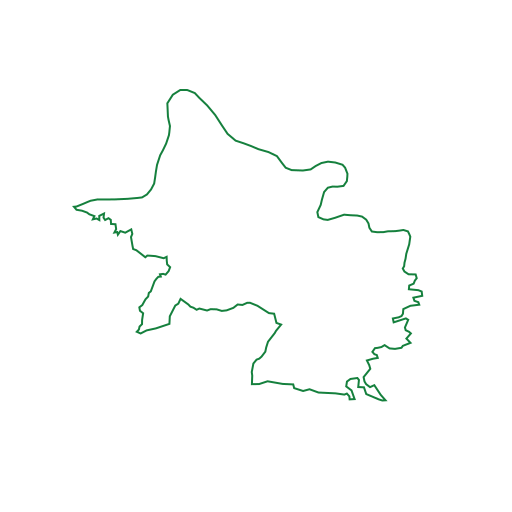 the district of Garruchos, Rio Grande do Sul, Brazil, rotated 68°
{"feature_id": "56859067B12655775892146", "entity_name": "Garruchos", "entity_type": "district", "adm_level": 2, "iso_a3": "BRA", "parent_name": "Brazil", "parent_adm1": "Rio Grande do Sul", "projection": "robinson", "projection_center": [-55.522, -28.246], "detail": "fine", "context": "isolated", "style": "outline", "palette": "green", "viewbox_px": 512, "rotation_deg": 68, "n_neighbors": 0, "source": "geoboundaries", "source_scale": "gbopen_adm2", "svg_char_len": 3467}
<svg xmlns="http://www.w3.org/2000/svg" viewBox="0 0 512 512"><g transform="rotate(68 256 256)"><path d="M332.9,114.9L330.1,121.4L326.0,124.2L322.6,124.6L321.0,122.5L317.8,120.8L314.6,118.4L310.2,115.8L302.6,109.6L295.9,105.7L293.2,105.7L290.1,105.9L287.1,109.6L286.2,113.5L285.1,117.6L283.5,121.9L282.5,124.5L281.6,128.9L279.3,134.8L276.7,139.4L272.3,140.3L268.0,139.5L263.6,140.2L259.2,142.9L256.4,147.0L253.7,152.9L252.1,156.1L250.7,158.8L250.4,164.3L250.2,168.4L249.4,176.0L247.3,179.7L243.3,183.6L238.3,182.7L232.9,176.9L228.5,173.8L222.2,168.9L219.6,163.8L220.3,159.0L222.2,154.7L223.8,148.6L220.6,143.7L216.8,141.7L214.0,140.4L207.5,140.3L203.8,141.6L199.0,147.5L195.5,153.9L194.3,160.5L194.9,166.9L196.2,172.9L194.3,180.5L189.7,190.8L185.3,195.4L179.4,197.1L171.2,199.2L164.3,205.5L157.8,213.8L152.1,219.5L146.9,225.2L141.4,231.7L138.9,233.0L132.1,236.6L122.1,238.7L110.1,241.0L98.0,244.9L88.2,249.3L82.0,251.7L76.4,257.5L73.7,264.0L75.3,272.7L81.2,281.0L83.8,281.9L93.7,285.4L97.1,286.1L103.3,287.1L108.8,290.0L111.4,291.5L118.1,297.2L123.1,302.7L126.7,307.1L134.4,313.6L140.1,317.1L145.7,320.3L150.7,323.3L155.0,328.4L158.1,334.1L159.0,339.7L157.8,344.1L154.9,353.6L150.7,365.5L146.7,375.7L144.2,381.7L142.8,388.7L142.8,391.9L142.9,396.4L142.9,403.9L142.2,406.3L145.9,405.1L148.8,400.4L152.4,396.4L154.9,394.9L158.5,390.9L160.9,393.5L161.5,389.8L164.0,387.8L160.1,386.3L159.7,381.0L163.3,383.0L166.1,382.4L165.7,378.6L168.1,377.1L172.0,378.4L173.9,374.4L178.7,375.6L181.2,378.5L181.8,375.7L184.5,376.1L182.1,372.4L185.4,368.5L184.6,361.7L189.2,362.4L191.6,364.8L199.8,366.6L203.5,367.3L205.8,364.8L208.0,363.5L212.5,360.9L215.7,359.1L214.9,356.6L216.3,353.6L218.5,349.2L223.5,342.4L223.3,339.2L226.9,340.5L230.5,341.5L234.2,339.8L237.3,342.7L239.4,346.8L237.8,348.8L237.0,351.9L239.4,352.0L238.7,354.4L239.9,357.0L241.5,359.6L244.7,362.5L249.4,366.8L250.1,369.2L253.2,371.2L254.7,374.6L256.6,377.0L258.9,379.8L259.9,383.4L263.3,384.1L266.8,382.1L272.7,385.6L276.5,387.2L277.8,390.4L280.3,392.1L281.6,394.9L284.6,392.0L284.0,385.3L285.6,376.0L286.5,361.7L279.6,358.5L271.7,349.4L271.1,345.9L267.5,342.0L275.6,336.9L278.4,335.8L280.5,333.4L283.6,331.2L283.5,328.2L288.2,321.8L288.3,318.0L290.7,312.5L294.1,308.3L295.4,303.6L295.6,296.4L294.1,291.2L296.3,286.9L296.1,281.7L297.1,279.1L302.7,273.3L313.8,265.4L316.3,260.8L325.7,262.1L329.0,258.4L332.9,265.5L334.5,267.5L340.0,277.0L344.6,280.8L348.2,283.2L351.4,288.6L352.4,291.5L352.3,294.3L354.7,298.7L362.0,303.4L365.5,304.3L373.3,307.8L375.9,301.1L376.5,292.2L384.6,279.2L389.0,269.6L392.8,270.1L398.8,262.9L399.6,256.3L406.0,249.2L413.1,233.8L417.6,226.0L417.6,223.3L421.1,222.0L424.0,222.9L425.6,218.2L416.4,217.8L410.7,221.2L406.5,218.7L405.4,214.5L407.1,207.7L409.5,207.0L415.8,210.3L418.2,205.1L425.3,205.5L434.9,195.9L437.3,193.0L438.3,190.0L431.4,192.4L420.1,194.7L420.3,199.4L416.1,201.9L413.0,202.4L408.6,201.6L403.4,192.3L399.7,191.9L394.4,192.3L395.1,185.9L396.1,181.3L393.1,181.1L391.4,183.0L388.5,184.0L386.0,180.2L386.7,177.8L387.4,173.8L386.8,170.2L391.7,166.8L394.2,161.9L395.6,155.5L394.3,153.5L394.4,145.3L388.9,147.5L385.8,141.4L383.6,142.5L380.9,145.0L378.1,144.7L372.2,138.8L370.0,140.4L369.1,153.2L365.2,152.5L366.3,146.7L366.2,143.6L364.6,141.4L360.4,139.3L360.0,131.5L362.3,122.9L359.6,122.8L356.9,125.9L353.6,125.7L355.2,116.8L351.0,115.7L348.5,118.3L344.1,126.7L340.8,125.0L340.7,120.2L338.3,117.9L336.8,115.3L332.9,114.9Z" fill="none" stroke="#15803d" stroke-width="2"/></g></svg>